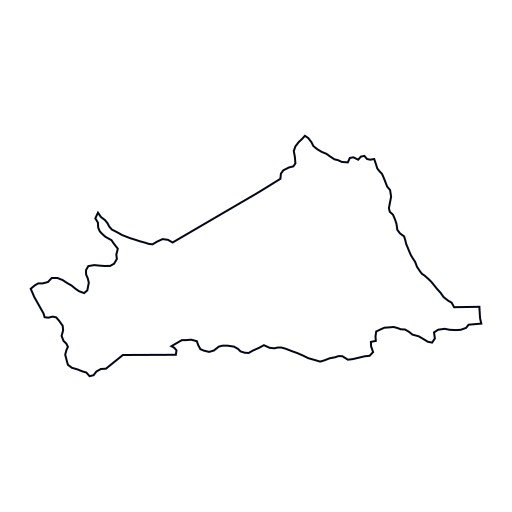 Lafaiete Coutinho, Bahia, Brazil (orthographic projection)
{"feature_id": "56859067B55716819349441", "entity_name": "Lafaiete Coutinho", "entity_type": "district", "adm_level": 2, "iso_a3": "BRA", "parent_name": "Brazil", "parent_adm1": "Bahia", "projection": "orthographic", "projection_center": [-40.301, -13.623], "detail": "fine", "context": "isolated", "style": "outline", "palette": "ink", "viewbox_px": 512, "rotation_deg": 0, "n_neighbors": 0, "source": "geoboundaries", "source_scale": "gbopen_adm2", "svg_char_len": 2882}
<svg xmlns="http://www.w3.org/2000/svg" viewBox="0 0 512 512"><path d="M326.4,153.8L321.7,151.9L317.1,149.1L313.4,146.1L311.5,142.3L308.3,138.1L304.9,135.8L302.4,138.6L298.6,142.2L295.4,146.4L293.8,151.0L294.9,157.1L295.4,163.4L293.3,166.4L289.1,167.4L283.3,170.3L280.9,173.7L280.4,178.8L258.9,192.1L172.6,242.5L167.9,239.8L162.6,239.1L157.1,241.6L152.6,244.3L149.1,244.0L145.1,242.7L139.3,241.1L134.8,239.6L130.2,238.2L126.6,236.8L122.0,235.0L118.5,233.0L115.5,231.4L111.9,229.6L109.1,226.4L107.7,223.5L105.0,220.1L100.9,217.0L98.0,212.7L95.3,218.3L97.9,222.6L98.2,227.6L99.8,231.4L102.3,234.0L105.4,236.8L111.5,240.2L113.8,243.6L117.8,248.7L116.3,254.7L116.9,258.9L114.1,263.7L110.2,265.9L104.7,266.0L100.5,265.7L94.2,265.1L88.3,266.1L86.0,270.2L86.1,274.5L87.8,278.4L88.8,282.8L87.3,290.4L84.1,293.1L79.0,291.2L75.4,288.7L71.5,285.5L67.4,283.2L62.5,280.0L57.4,278.0L51.7,278.0L48.0,282.0L42.8,283.4L38.2,283.4L34.9,285.3L30.7,288.8L32.3,292.4L34.3,297.1L36.4,300.8L39.1,305.6L41.7,310.2L43.5,313.4L44.6,317.2L48.2,317.7L52.7,316.6L56.2,317.4L59.2,320.9L62.7,325.8L63.1,330.4L61.6,335.9L63.5,340.9L66.3,343.6L67.9,346.8L66.4,350.2L65.2,354.7L66.9,361.2L67.9,364.8L71.9,367.8L77.5,369.4L82.7,371.5L86.3,372.5L89.6,376.2L93.6,375.2L96.4,371.5L100.9,369.0L105.9,368.7L122.9,355.0L175.8,354.8L176.5,350.4L174.3,347.8L171.4,346.2L181.9,340.1L186.3,340.1L191.2,339.7L196.8,341.2L198.2,345.1L200.4,349.2L204.1,350.7L209.1,351.9L213.9,350.5L218.8,346.6L222.4,345.7L227.6,345.7L233.9,346.6L238.0,348.9L240.5,351.4L244.6,352.7L248.6,353.0L252.8,350.6L258.7,348.0L263.9,345.2L269.6,347.8L274.3,348.3L278.0,347.5L281.2,347.5L285.6,348.7L291.7,351.1L297.1,353.0L303.3,355.7L308.3,358.2L313.0,359.5L320.1,361.6L324.3,360.4L329.6,358.3L335.0,357.3L338.5,356.1L342.4,356.2L347.9,359.7L352.8,359.1L357.0,358.1L364.7,356.3L369.6,355.8L373.1,352.1L371.1,346.4L370.9,341.9L375.8,340.9L375.5,336.3L376.2,331.5L380.8,329.3L384.4,327.7L387.6,327.5L393.7,327.0L397.7,328.1L400.8,329.3L405.0,329.5L409.0,331.8L412.4,334.6L418.7,336.3L423.5,339.1L427.9,341.8L432.1,342.6L434.9,338.4L434.0,332.4L438.2,329.7L444.7,328.8L449.7,329.8L456.2,330.1L460.7,329.8L466.1,327.9L468.6,324.7L481.3,323.6L480.1,318.4L479.7,312.8L479.4,306.8L454.1,307.2L451.6,302.6L448.3,300.8L443.5,297.0L440.5,292.7L437.2,289.1L433.9,285.0L431.4,281.9L428.3,278.9L424.6,275.6L421.9,273.8L419.7,270.9L417.0,266.8L415.1,261.8L412.7,258.2L410.8,255.0L408.9,250.6L407.4,246.8L406.1,243.8L405.4,240.6L404.1,236.4L400.0,233.4L397.3,229.8L396.5,224.0L395.1,219.7L393.0,214.7L389.8,211.8L388.9,208.2L389.9,203.0L391.1,196.7L390.1,190.1L387.1,186.5L385.7,182.8L383.6,177.5L382.0,173.9L379.6,171.4L377.3,168.5L375.9,164.0L374.2,159.0L370.3,159.7L367.0,159.0L364.4,155.9L360.9,156.6L358.2,159.7L353.3,157.3L349.8,158.0L347.8,162.4L341.7,161.9L338.1,160.2L334.4,159.3L330.0,156.4L326.4,153.8Z" fill="none" stroke="#020617" stroke-width="2"/></svg>